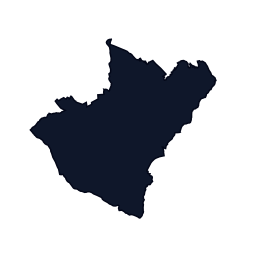 outline of Viperesti, Buzau, Romania, rotated 78°
{"feature_id": "2599482B5774705795524", "entity_name": "Viperesti", "entity_type": "district", "adm_level": 2, "iso_a3": "ROU", "parent_name": "Romania", "parent_adm1": "Buzau", "projection": "albers", "projection_center": [26.456, 45.246], "detail": "fine", "context": "isolated", "style": "filled", "palette": "ink", "viewbox_px": 256, "rotation_deg": 78, "n_neighbors": 0, "source": "geoboundaries", "source_scale": "gbopen_adm2", "svg_char_len": 5623}
<svg xmlns="http://www.w3.org/2000/svg" viewBox="0 0 256 256"><g transform="rotate(78 128 128)"><path d="M128.0,209.9L132.9,208.1L135.0,208.3L136.7,207.9L141.1,207.5L146.1,206.0L151.5,205.1L153.8,204.4L159.2,204.4L159.7,203.1L159.8,201.3L160.0,201.1L162.1,200.5L163.3,199.6L164.0,199.3L165.3,199.2L167.3,198.5L168.5,197.6L169.1,196.7L169.8,196.3L175.0,194.0L175.5,193.7L176.2,192.9L177.2,190.2L178.6,189.1L179.9,187.6L180.3,186.3L181.3,184.7L181.9,183.9L182.1,182.1L181.9,180.6L182.4,178.7L183.6,176.8L185.2,175.4L187.4,172.2L190.4,168.3L190.8,168.1L192.3,167.8L193.9,166.6L196.7,163.3L198.2,162.1L198.8,161.4L199.2,160.6L200.9,158.8L201.3,157.9L201.6,156.7L201.6,155.6L201.4,154.3L201.7,153.4L202.1,153.1L202.5,153.0L203.4,153.3L204.4,153.9L206.8,153.8L206.9,153.6L206.8,152.7L207.1,152.1L207.0,151.2L209.2,148.9L210.7,148.0L211.3,146.5L212.2,145.9L213.3,144.7L213.4,144.2L213.1,143.1L213.6,142.2L213.8,141.4L215.5,138.8L216.7,137.2L216.8,136.9L217.8,136.2L218.5,135.1L217.3,133.2L216.3,132.3L214.7,131.5L214.2,130.8L213.6,130.6L213.0,130.3L212.3,130.4L208.8,129.8L206.1,128.9L204.5,129.0L203.2,128.4L201.6,127.1L200.1,127.6L199.2,127.4L198.3,127.5L196.5,125.9L194.5,125.1L194.1,125.1L192.0,123.5L191.1,123.6L190.1,123.3L189.6,122.9L189.0,121.6L188.8,121.2L187.8,121.0L187.7,120.4L187.8,118.8L187.9,118.3L187.8,118.0L186.4,116.7L185.4,115.1L183.3,115.4L181.7,114.6L180.4,114.6L179.7,115.3L179.3,116.3L179.0,116.6L178.4,116.6L177.4,116.0L177.1,117.3L176.3,118.2L175.4,117.5L175.0,117.4L174.4,117.6L173.9,118.4L173.7,118.4L173.0,118.0L166.7,112.8L165.5,111.3L163.8,108.6L163.2,106.7L162.8,104.2L162.6,103.1L162.6,98.5L158.9,98.3L158.3,98.0L155.0,97.9L154.6,97.9L153.9,98.3L154.0,97.7L155.7,96.0L155.9,95.5L153.4,94.5L151.9,92.6L151.3,92.7L150.8,92.5L149.2,90.0L148.0,87.6L147.6,87.0L146.5,86.4L144.4,83.9L143.1,83.4L142.4,82.9L142.4,82.5L142.7,81.3L143.0,78.8L142.9,77.8L142.6,77.9L142.0,77.7L138.6,75.8L137.3,74.7L136.4,73.2L135.7,72.0L135.7,71.6L136.0,70.5L135.6,68.2L135.8,66.8L135.4,65.8L133.2,64.5L131.8,64.2L130.8,63.6L127.5,62.9L125.0,62.1L124.6,61.2L123.2,60.2L123.1,57.8L122.4,56.8L122.3,55.7L122.1,55.4L120.5,54.3L118.9,53.9L118.1,53.4L117.5,53.3L115.0,51.0L114.4,49.9L114.3,48.3L114.0,47.2L114.1,46.1L113.9,45.8L112.6,44.9L111.6,44.5L110.5,43.8L110.5,43.0L110.2,42.7L110.1,42.3L107.9,40.4L107.7,40.1L107.7,39.1L107.3,38.6L105.8,37.7L104.8,36.4L104.3,35.4L103.2,34.2L102.1,33.6L101.3,33.3L100.9,33.2L100.5,33.7L100.2,33.6L99.9,33.2L100.0,32.3L99.8,32.1L98.3,32.4L97.1,32.5L94.8,34.2L94.1,35.2L91.0,35.7L88.3,36.8L84.1,37.6L82.2,38.4L80.5,38.9L78.6,40.8L78.1,41.5L78.1,41.8L78.3,42.7L78.2,43.0L77.8,43.6L77.1,44.1L77.1,46.2L78.6,46.2L79.1,45.8L80.1,46.0L81.1,45.1L81.7,46.0L82.4,45.8L82.8,46.1L83.5,47.1L83.6,47.6L82.7,48.0L83.1,49.0L83.0,49.8L82.5,49.4L81.7,49.9L81.9,50.3L81.9,51.8L81.6,51.6L81.4,51.0L80.9,51.0L80.6,51.8L80.1,52.2L80.0,52.5L77.8,53.8L78.6,54.4L79.1,54.4L79.2,54.1L80.0,53.9L80.8,54.3L81.4,54.2L81.7,54.7L82.0,54.9L81.9,55.1L81.4,56.2L81.0,56.0L80.5,56.4L79.0,56.3L77.8,55.9L76.8,56.3L76.2,56.9L75.7,56.9L75.3,57.1L74.6,58.3L73.6,59.5L73.4,61.3L73.6,62.9L74.3,63.6L74.2,64.7L74.7,66.1L75.8,65.6L76.6,65.7L77.1,66.4L78.7,67.3L78.8,67.6L78.6,67.9L78.6,68.1L79.0,68.5L79.7,68.5L80.0,68.7L79.7,69.4L79.1,70.0L79.5,70.2L80.0,70.0L80.5,69.5L81.1,70.3L80.7,71.4L81.4,72.0L82.5,72.6L82.4,73.9L82.7,74.0L83.8,73.6L84.5,73.9L84.9,74.8L84.4,75.2L84.4,75.3L84.7,75.6L85.1,75.5L85.5,75.7L86.2,76.6L86.2,76.9L86.5,77.5L86.3,78.5L87.0,79.5L87.9,80.5L88.6,80.4L88.8,81.5L88.8,82.4L88.1,82.7L87.2,82.8L86.2,82.1L86.0,81.7L85.8,81.7L85.5,82.4L84.7,83.1L84.3,81.9L83.8,81.0L83.7,80.1L83.2,79.6L76.5,83.6L70.9,87.6L67.2,89.7L67.4,90.1L67.4,90.8L67.6,91.1L67.6,91.6L68.1,93.3L68.0,93.9L69.3,94.9L69.7,96.0L68.7,96.4L68.2,96.4L68.0,96.8L68.2,97.1L67.7,97.3L67.4,97.2L67.4,96.9L66.6,97.0L67.2,98.0L67.0,98.5L66.3,98.6L66.1,98.2L66.0,98.3L65.9,99.2L65.1,100.4L64.5,100.8L62.5,101.4L62.6,102.3L64.3,102.3L64.8,102.4L64.7,102.6L63.5,103.6L63.3,103.9L63.1,105.0L62.6,105.8L61.9,106.4L58.7,108.3L57.0,109.1L56.6,109.5L55.8,110.1L55.7,110.7L55.3,111.3L52.8,113.0L44.7,124.7L42.7,128.0L41.7,128.0L40.1,127.4L38.5,126.4L38.2,126.0L37.6,126.1L37.8,126.7L37.5,127.8L37.9,129.5L38.9,130.8L39.8,131.3L41.1,131.2L44.7,129.3L46.3,129.2L49.0,129.4L50.8,129.9L56.1,129.9L59.2,130.7L60.4,131.8L60.9,132.9L61.9,133.2L66.8,132.7L68.1,133.0L69.6,133.4L70.2,133.7L71.0,135.3L72.0,135.4L73.8,135.2L75.7,136.4L76.8,136.4L80.1,135.2L80.8,134.7L82.1,135.4L82.8,135.4L86.7,138.0L87.3,138.2L88.1,138.9L85.9,140.8L85.8,141.4L85.5,141.8L85.7,142.4L85.1,143.6L86.3,143.5L86.6,143.9L88.3,144.4L89.3,144.4L90.1,144.6L89.3,150.6L93.4,151.2L95.5,158.3L97.4,158.6L98.7,163.8L94.3,163.5L95.5,167.5L92.3,172.8L92.1,173.3L90.9,173.6L90.6,174.2L89.9,174.8L85.5,176.7L85.1,177.2L85.4,177.4L85.4,177.5L86.2,178.4L87.1,178.7L87.3,179.4L86.0,180.1L85.4,181.0L86.8,182.5L86.2,183.5L85.0,184.6L86.0,188.1L86.8,189.5L86.8,190.2L85.2,191.4L86.6,193.5L89.2,192.4L94.4,189.7L95.4,188.6L97.7,185.7L98.3,187.7L98.4,189.3L99.0,190.0L99.1,190.5L99.4,192.2L98.9,193.0L98.7,194.3L98.3,194.9L98.5,197.0L98.3,197.4L98.3,198.9L98.5,199.7L98.4,200.2L97.3,202.1L97.8,202.5L98.1,203.2L98.5,203.8L100.1,204.8L100.6,205.4L100.6,206.6L100.3,207.8L100.6,208.8L100.5,210.0L101.1,211.3L101.9,212.5L102.6,212.9L102.9,213.3L103.3,213.9L103.3,214.6L105.9,217.5L106.5,218.0L106.7,218.9L107.2,219.7L107.5,221.0L108.0,221.8L108.9,222.7L109.6,223.9L112.3,222.4L113.7,221.8L114.2,221.3L115.4,220.9L116.2,220.2L117.4,219.6L118.4,218.8L119.6,216.5L120.2,215.8L120.7,215.5L122.4,213.9L123.9,213.6L126.0,212.5L127.2,211.3L128.0,209.9Z" fill="#0f172a" stroke="#020617" stroke-width="1.5"/></g></svg>